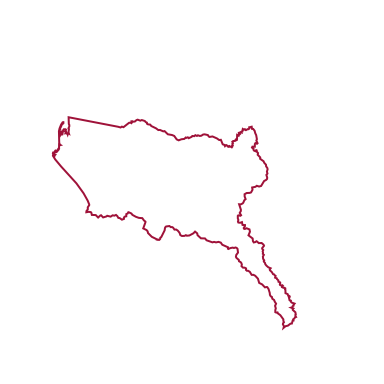 the district of Tumbes, Tumbes, Peru, rotated 295°
{"feature_id": "86281439B11077659062931", "entity_name": "Tumbes", "entity_type": "district", "adm_level": 2, "iso_a3": "PER", "parent_name": "Peru", "parent_adm1": "Tumbes", "projection": "robinson", "projection_center": [-80.432, -3.859], "detail": "fine", "context": "isolated", "style": "outline", "palette": "rose", "viewbox_px": 384, "rotation_deg": 295, "n_neighbors": 0, "source": "geoboundaries", "source_scale": "gbopen_adm2", "svg_char_len": 6082}
<svg xmlns="http://www.w3.org/2000/svg" viewBox="0 0 384 384"><g transform="rotate(295 192 192)"><path d="M107.6,332.4L109.9,333.5L111.4,335.4L114.3,336.9L115.0,338.1L117.8,337.6L118.4,338.3L119.3,337.5L120.6,338.2L122.0,338.3L122.7,339.1L123.4,338.2L124.3,337.6L124.9,337.8L126.7,336.5L127.7,333.2L128.5,332.7L129.2,333.0L129.1,330.7L130.0,331.7L131.1,331.5L131.9,332.1L132.5,331.7L134.2,332.1L133.9,329.0L134.5,327.7L135.3,327.5L135.2,326.1L137.5,324.3L138.2,324.9L138.7,324.7L138.8,324.3L138.4,324.2L138.6,323.1L139.9,321.8L139.8,319.5L142.8,318.0L143.0,317.5L144.1,317.3L144.3,316.4L143.8,315.3L143.8,313.7L144.3,313.5L145.4,314.0L145.7,313.3L145.0,312.3L144.9,311.2L145.6,310.5L146.8,310.5L147.3,310.1L147.2,308.3L148.4,307.6L149.0,305.8L149.6,305.3L149.5,303.5L151.3,303.2L151.4,302.3L152.0,301.3L151.8,300.2L153.1,298.3L154.0,295.7L154.7,295.2L156.1,295.5L156.0,293.0L156.7,290.6L157.5,289.0L158.6,288.1L159.2,286.7L159.7,286.2L160.6,286.3L161.5,284.7L163.5,283.5L165.4,283.7L165.9,282.3L166.9,282.1L168.1,281.1L169.5,281.1L170.0,279.9L170.7,279.3L173.7,280.0L174.5,279.1L175.2,276.7L173.9,274.1L174.6,271.9L174.6,271.2L173.4,270.6L172.4,269.3L173.2,268.0L175.5,266.6L176.6,261.5L180.5,261.3L182.4,259.9L182.2,256.8L180.8,255.5L180.7,254.6L181.2,254.1L183.5,254.4L184.4,254.0L183.5,251.7L185.8,250.0L184.5,248.7L183.9,246.9L184.5,246.2L186.3,245.8L187.4,244.7L189.7,243.6L190.4,243.8L190.9,245.9L191.7,246.3L193.2,244.1L195.4,244.3L196.6,243.8L200.8,239.9L201.4,241.4L203.0,242.7L204.0,243.0L206.6,242.9L208.2,243.6L210.2,241.6L212.2,240.6L214.2,242.0L215.6,244.7L216.6,245.7L219.6,245.9L221.5,244.6L223.5,247.3L225.0,248.1L225.3,250.5L226.7,252.1L232.4,252.7L234.3,254.1L235.6,254.5L236.8,254.1L238.9,252.2L240.6,252.6L242.1,251.3L244.6,250.9L245.7,250.0L246.5,248.4L248.0,247.5L249.0,245.1L250.1,243.9L250.9,239.7L252.2,239.2L253.5,235.8L255.2,235.4L255.8,233.9L257.1,233.0L257.1,232.5L255.8,232.3L255.7,230.8L256.3,229.8L257.2,229.5L257.6,227.6L258.6,227.6L259.6,229.8L262.0,228.7L263.1,228.8L263.6,229.5L263.2,230.5L263.9,230.8L265.8,228.6L267.3,228.5L270.7,226.1L271.9,224.6L274.0,222.8L275.0,220.8L274.6,219.7L276.4,218.5L274.8,216.5L274.0,217.2L272.8,216.7L272.6,216.0L270.8,214.7L270.7,214.2L271.3,213.4L270.5,212.2L270.6,211.4L270.2,211.5L270.1,212.3L269.1,211.7L268.2,212.1L267.5,211.3L266.8,211.8L266.7,210.8L265.4,209.4L264.5,209.9L265.0,210.7L264.8,211.0L263.5,210.4L262.7,210.5L262.8,208.8L259.5,210.2L258.7,209.8L258.8,210.5L258.2,210.7L256.4,209.3L255.6,207.8L254.6,207.3L253.6,208.5L252.6,208.2L251.6,209.2L250.8,208.8L250.2,209.4L249.3,209.2L249.5,208.0L249.1,207.3L249.5,206.4L249.2,206.0L248.4,206.0L248.3,205.4L249.1,203.5L248.8,202.9L247.5,202.5L248.4,201.4L248.2,199.7L251.5,196.1L250.6,194.7L251.1,191.9L251.0,187.1L249.3,184.6L249.4,183.7L250.3,182.3L249.6,179.1L248.8,177.8L247.0,176.7L246.1,175.4L245.9,173.4L244.9,172.8L244.9,171.0L243.6,170.5L242.9,168.6L241.9,168.4L239.4,166.3L239.8,165.1L238.6,163.9L238.7,163.3L236.9,162.6L235.3,160.1L233.2,158.1L233.2,155.9L235.3,152.2L235.2,149.8L234.1,145.7L235.6,141.4L234.8,140.3L234.7,136.7L233.9,135.3L234.5,132.5L234.6,127.2L235.4,125.7L234.7,123.4L234.9,122.3L235.8,121.8L235.8,120.5L236.4,119.2L236.0,116.1L234.8,115.0L234.6,112.2L233.7,111.3L231.7,110.4L230.8,108.9L230.9,107.9L230.5,107.3L229.5,108.1L228.8,108.0L228.9,107.0L228.1,105.7L221.8,102.5L221.6,100.8L220.3,100.0L219.9,97.5L207.6,48.6L201.6,51.6L200.9,52.5L199.5,53.1L197.5,53.1L197.2,53.6L197.7,53.7L194.0,54.8L192.9,55.8L193.0,54.8L191.6,55.0L192.1,54.5L191.9,53.3L192.7,52.8L192.2,52.4L193.5,52.2L193.4,51.3L195.2,51.5L195.4,50.9L194.7,49.3L193.4,49.1L189.4,50.2L188.9,49.5L189.4,48.8L191.5,47.7L191.3,47.2L189.7,47.2L190.2,46.9L189.7,47.0L189.1,47.9L188.2,48.4L185.9,48.7L187.7,47.9L188.8,47.9L189.9,46.5L191.3,46.4L192.1,45.7L193.4,45.5L193.5,45.9L194.6,45.4L195.5,45.7L198.6,45.5L198.9,45.8L199.2,45.4L200.2,46.3L200.9,45.9L200.5,45.3L197.7,44.9L193.7,45.1L190.9,45.7L180.6,50.8L179.1,52.2L179.0,53.1L178.3,52.3L180.1,50.9L175.9,52.8L172.5,52.2L173.9,52.8L176.0,53.0L174.2,53.3L171.0,52.4L170.0,51.4L171.4,52.0L171.6,51.9L168.8,50.4L167.8,51.5L167.9,52.3L167.6,52.2L167.9,50.8L168.6,50.2L172.5,51.2L171.8,50.7L168.8,50.0L168.8,49.5L168.2,49.6L167.1,52.1L165.9,52.2L166.5,50.5L166.1,50.6L163.7,54.3L159.8,62.6L151.0,83.6L145.0,94.3L140.1,101.1L137.3,104.1L136.6,104.4L134.1,104.0L132.2,104.9L130.1,104.4L129.0,104.8L130.4,106.8L131.0,108.8L130.6,109.6L128.9,110.9L130.4,114.5L129.2,117.7L131.9,118.8L132.5,119.4L131.4,122.2L133.7,124.8L134.6,125.2L135.3,128.7L137.3,129.9L137.8,131.7L139.1,132.8L138.6,134.5L137.4,136.2L137.8,137.4L137.3,140.2L138.9,141.7L139.7,141.2L141.1,141.3L142.2,142.7L144.2,141.8L145.4,142.8L146.7,142.8L146.9,143.1L146.9,146.2L146.1,147.6L145.8,151.6L146.1,154.8L147.3,158.0L145.9,160.5L145.5,162.3L144.9,162.6L138.4,163.2L138.3,166.9L137.6,168.4L136.2,169.5L134.4,174.5L134.3,179.3L133.9,179.9L134.5,180.9L134.2,181.2L134.8,182.6L136.1,183.0L137.2,182.6L138.2,183.2L145.7,183.4L148.0,182.7L149.2,182.8L149.8,183.1L151.6,185.9L151.2,187.7L151.8,188.7L151.7,190.0L150.5,192.0L151.3,193.5L151.0,195.4L149.8,197.9L148.0,199.7L147.9,201.5L149.1,203.8L150.3,204.7L150.2,205.8L151.5,208.0L155.1,210.7L157.4,211.5L156.7,214.2L155.2,215.3L153.8,219.7L155.4,223.4L154.4,225.6L155.0,231.8L156.1,233.1L156.5,235.1L158.0,237.1L158.3,239.5L157.0,241.7L157.1,248.0L155.8,248.5L155.7,249.0L157.4,250.5L158.8,252.4L159.0,253.7L160.1,254.9L160.2,256.1L159.7,257.3L156.5,259.3L153.7,258.7L151.8,259.2L151.0,260.3L150.3,263.0L149.1,263.9L149.0,265.7L148.5,266.7L147.4,267.8L145.7,268.2L145.0,270.2L145.7,271.7L145.6,273.3L144.2,273.8L143.8,275.1L144.3,276.0L144.1,278.1L142.1,281.1L142.9,282.7L142.8,284.7L141.3,288.4L138.0,291.3L137.9,294.6L136.4,298.4L137.5,299.9L137.6,300.4L136.4,302.4L133.4,305.1L131.7,306.1L130.7,307.5L130.7,308.7L129.2,309.9L128.8,312.1L127.6,313.3L126.3,315.4L123.9,315.4L122.0,317.1L120.2,317.4L118.3,318.3L118.3,319.4L119.0,320.4L118.3,321.1L117.7,324.1L115.2,328.6L113.8,329.3L112.8,330.4L111.5,330.0L110.5,330.3L109.2,332.1L107.6,332.4Z" fill="none" stroke="#9f1239" stroke-width="2"/></g></svg>